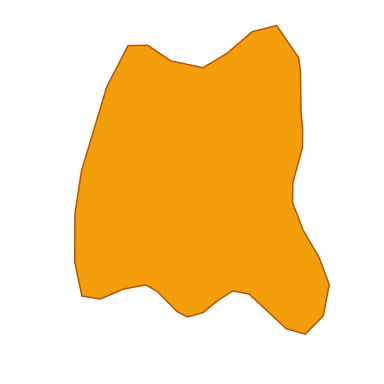 map outline of Harari People (Equal Earth projection), rotated 353°
{"feature_id": "ETH-3136", "entity_name": "Harari People", "entity_type": "Administrative State", "adm_level": 1, "iso_a3": "ETH", "parent_name": "Ethiopia", "parent_adm1": "", "projection": "equal_earth", "projection_center": [42.189, 9.287], "detail": "fine", "context": "isolated", "style": "filled", "palette": "amber", "viewbox_px": 384, "rotation_deg": 353, "n_neighbors": 0, "source": "natural_earth", "source_scale": "10m", "svg_char_len": 587}
<svg xmlns="http://www.w3.org/2000/svg" viewBox="0 0 384 384"><g transform="rotate(353 192 192)"><path d="M296.3,37.1L314.2,71.7L314.4,85.3L310.0,125.8L309.5,142.9L307.1,161.3L293.3,194.9L290.5,214.8L297.8,244.0L310.1,272.2L316.9,300.7L307.2,330.9L287.1,346.9L269.0,339.3L236.2,300.2L220.5,295.2L204.5,302.8L188.4,313.0L172.3,315.5L162.7,308.9L145.3,286.3L134.7,278.6L112.2,280.0L87.9,287.0L70.1,281.9L67.1,247.3L73.1,199.8L84.9,157.5L120.3,77.1L146.4,38.9L165.9,41.0L187.0,59.3L217.9,70.0L243.7,58.6L271.3,40.2L296.3,37.1Z" fill="#f59e0b" stroke="#b45309" stroke-width="1.5"/></g></svg>